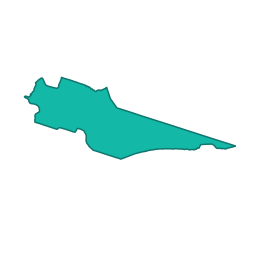 Soutr Nikom, Siemréab, Cambodia, rotated 288°
{"feature_id": "14789045B2635302859589", "entity_name": "Soutr Nikom", "entity_type": "district", "adm_level": 2, "iso_a3": "KHM", "parent_name": "Cambodia", "parent_adm1": "Siemréab", "projection": "orthographic", "projection_center": [104.128, 13.174], "detail": "fine", "context": "isolated", "style": "filled", "palette": "teal", "viewbox_px": 256, "rotation_deg": 288, "n_neighbors": 0, "source": "geoboundaries", "source_scale": "gbopen_adm2", "svg_char_len": 5837}
<svg xmlns="http://www.w3.org/2000/svg" viewBox="0 0 256 256"><g transform="rotate(288 128 128)"><path d="M104.8,37.7L104.8,38.6L104.8,39.5L104.9,41.6L104.9,43.0L104.9,44.6L104.8,46.4L104.8,48.0L104.9,51.2L104.8,52.2L104.8,53.1L104.9,54.5L104.8,55.6L104.8,56.4L104.8,57.5L104.8,59.1L104.8,60.1L104.8,60.7L105.0,61.0L105.4,61.3L106.3,61.9L106.7,62.1L107.1,62.6L107.2,63.2L107.4,64.4L107.4,65.6L107.4,66.6L107.4,67.5L107.5,68.3L107.5,69.5L107.5,70.5L107.5,72.7L107.5,73.9L107.5,75.1L107.4,76.2L107.5,77.4L107.5,77.8L107.5,78.3L107.6,78.8L108.2,79.1L108.7,79.3L109.6,79.5L110.4,79.7L111.5,79.8L112.0,80.1L112.2,81.9L112.2,83.4L112.1,84.5L111.8,86.8L110.3,88.4L109.7,89.0L109.1,89.7L108.5,90.2L107.8,90.6L107.1,90.9L106.0,91.2L104.7,91.5L103.6,91.8L102.6,92.3L101.7,92.8L101.1,93.3L100.8,93.7L100.4,94.2L99.7,95.2L99.0,96.0L98.5,96.7L98.0,97.6L97.6,98.5L97.4,99.1L97.1,99.7L96.7,100.6L96.4,101.1L96.1,101.6L96.1,102.1L96.2,103.8L96.2,113.1L96.2,126.4L96.4,128.0L96.3,129.1L96.2,130.7L96.4,131.1L96.6,131.3L97.3,132.1L97.8,132.7L98.2,133.3L98.5,133.7L98.9,134.2L99.3,134.7L99.8,135.2L100.3,135.8L100.8,136.6L101.3,137.2L102.2,138.2L102.6,138.6L103.0,139.2L103.5,139.8L103.8,140.2L104.3,140.9L104.8,141.3L105.2,141.9L105.9,143.0L106.6,144.0L106.8,144.3L107.1,144.8L107.5,145.4L107.9,146.0L108.1,146.5L108.6,147.1L108.7,147.4L109.0,147.7L109.3,148.2L109.5,148.6L109.8,149.1L110.3,150.0L110.7,150.9L110.9,151.0L110.9,151.3L111.2,151.8L111.5,152.3L111.7,152.6L112.0,153.1L112.5,153.7L112.7,154.0L113.1,154.6L113.4,155.2L113.6,155.7L113.9,156.1L114.2,156.7L114.5,157.3L114.7,157.9L114.9,158.4L115.2,159.0L115.5,159.5L115.7,159.8L116.1,160.5L116.4,161.0L116.6,161.5L116.7,161.9L116.8,162.3L117.0,162.6L117.4,163.4L117.7,163.9L117.9,164.5L118.1,165.1L118.3,165.8L118.5,166.4L118.7,167.1L118.9,167.7L119.1,168.3L119.3,168.7L119.6,169.4L119.9,170.0L120.0,170.6L120.3,171.4L120.5,172.2L120.7,172.9L120.9,173.4L121.2,174.2L121.4,174.8L121.5,175.5L121.6,176.1L121.7,176.5L121.9,177.1L122.1,177.6L122.3,178.1L122.6,178.8L122.9,179.3L123.1,179.9L123.3,180.6L123.4,181.1L123.5,181.7L123.7,182.2L123.8,182.8L123.9,183.4L124.1,183.9L124.3,184.5L124.4,184.9L124.5,185.3L124.7,185.8L124.8,186.6L124.8,186.8L124.9,187.2L125.0,187.8L125.0,188.0L125.1,188.5L125.5,189.2L125.7,189.7L126.0,190.0L126.3,190.6L126.3,191.0L126.2,191.5L126.2,191.9L126.2,192.2L126.3,192.6L126.2,193.3L126.5,193.9L126.8,194.5L127.2,195.0L127.4,195.6L127.5,195.8L127.5,196.6L127.6,197.2L127.9,198.0L128.2,198.3L128.7,199.0L129.0,199.4L129.1,199.7L129.6,199.8L130.0,199.8L130.3,199.9L130.5,200.8L130.6,201.4L131.1,201.8L132.1,201.9L133.2,202.0L134.1,202.2L134.5,202.3L134.8,202.6L135.0,203.3L135.3,203.7L135.6,204.5L135.9,205.2L136.0,205.5L136.3,206.3L136.6,207.1L136.7,207.3L137.0,208.1L137.1,208.4L137.3,209.0L137.4,209.4L137.9,210.6L138.0,211.0L138.2,211.4L138.4,211.9L138.5,212.1L138.5,212.8L138.5,213.5L138.3,214.5L138.2,215.1L138.1,215.3L137.1,216.7L136.5,217.8L136.3,218.3L136.2,218.9L136.8,221.0L137.1,221.7L137.3,222.5L137.3,223.2L137.2,223.4L137.4,223.7L137.5,224.2L137.8,224.6L138.1,225.1L138.0,226.5L138.4,227.6L139.3,228.6L140.1,229.7L140.6,230.6L141.1,231.3L141.7,232.5L142.5,233.6L143.2,234.7L143.9,235.7L144.1,236.1L144.1,234.9L144.1,229.3L144.0,217.7L143.9,184.7L143.9,170.3L143.7,137.4L143.8,128.6L143.7,111.2L150.4,102.2L159.9,95.2L159.8,94.9L159.5,94.6L159.3,94.6L159.0,94.6L158.8,94.6L158.6,94.2L158.4,94.0L158.1,93.7L157.9,93.5L157.8,93.3L157.7,93.1L157.3,92.8L157.1,92.6L156.7,92.3L156.5,92.0L156.3,91.7L156.1,91.5L155.9,91.2L155.6,90.9L155.2,90.7L155.4,89.7L155.4,89.1L155.1,88.7L155.0,88.4L154.8,88.0L154.7,87.7L154.3,87.3L154.0,86.9L153.5,86.7L153.0,86.4L152.9,86.0L152.7,85.3L152.7,85.1L152.9,84.8L153.3,84.3L153.4,83.9L153.5,83.6L153.4,83.2L153.4,82.9L153.5,82.6L153.8,82.4L154.0,82.1L153.9,81.7L153.8,81.2L153.6,80.9L153.7,80.7L154.0,80.6L154.2,80.4L154.4,80.1L154.5,79.8L154.5,79.6L154.6,79.4L154.7,79.2L154.9,79.0L155.0,78.7L154.9,78.5L154.8,78.3L154.7,78.0L154.8,77.7L155.0,77.5L155.1,77.1L155.1,76.8L155.2,76.4L155.2,76.0L154.9,76.0L154.7,75.8L154.9,75.5L155.0,75.2L155.2,74.9L155.5,74.4L155.5,71.9L155.6,71.1L155.5,70.0L155.5,68.9L155.5,67.7L155.5,66.9L155.5,66.2L155.6,65.5L155.6,64.7L155.7,63.6L155.6,62.2L155.7,59.6L155.7,58.2L155.7,56.8L155.6,55.6L155.6,54.4L155.5,53.2L155.5,52.0L155.5,50.8L155.5,49.6L155.5,49.1L155.1,49.2L154.7,49.3L154.0,49.4L153.4,49.4L152.6,49.3L152.4,49.2L152.0,49.3L151.5,49.3L151.1,49.2L150.8,49.2L150.2,49.2L149.4,49.0L148.7,48.9L147.9,48.9L147.4,48.9L146.6,49.1L145.7,49.2L145.3,49.2L144.9,49.0L144.5,48.8L144.2,48.5L143.9,48.3L143.7,47.9L143.7,47.3L143.6,46.5L143.5,45.8L143.4,44.7L143.3,43.6L143.3,42.7L143.2,40.4L143.1,39.4L143.1,38.4L143.2,37.7L143.6,36.4L144.1,35.7L144.8,35.1L145.6,34.5L146.4,33.7L147.3,32.9L148.1,32.1L148.6,31.5L148.9,30.9L148.9,30.5L148.6,30.0L147.6,29.3L146.6,28.5L146.1,28.1L145.5,27.8L144.8,27.5L144.2,27.1L143.5,26.6L142.7,26.2L142.2,26.2L141.3,27.0L140.6,27.1L139.5,27.0L138.8,26.9L138.5,26.8L138.0,26.8L136.0,26.6L135.4,26.7L134.9,26.9L134.4,27.1L133.7,26.7L133.0,26.2L132.5,26.0L131.7,25.9L131.2,25.6L130.6,25.2L130.1,24.8L129.6,24.9L129.6,25.3L129.4,25.6L128.9,25.6L128.4,25.2L127.8,24.8L127.1,24.4L126.8,24.1L126.7,23.5L126.8,22.5L126.8,21.4L126.5,20.7L126.3,20.2L125.9,19.9L125.6,20.0L125.4,20.2L125.2,20.7L125.1,21.2L125.0,22.0L124.9,23.0L124.6,23.8L124.3,24.4L123.9,24.9L123.2,25.2L122.9,25.5L122.4,25.9L122.0,26.2L121.6,26.7L121.3,27.5L121.3,28.6L121.5,29.5L121.7,30.5L121.8,31.4L121.9,32.4L121.8,33.1L121.6,34.0L121.5,34.7L121.2,35.5L120.7,36.3L120.2,36.8L119.3,37.5L118.5,37.9L117.6,38.3L116.9,38.5L116.4,38.5L115.8,38.4L115.3,38.1L114.6,37.5L113.9,36.8L113.2,36.2L112.6,35.8L111.8,35.6L111.2,35.7L110.7,35.8L110.1,36.0L109.5,36.3L109.0,36.6L108.4,36.8L107.6,36.8L107.0,36.9L106.2,37.2L105.7,37.4L105.2,37.5L104.8,37.7Z" fill="#14b8a6" stroke="#0f766e" stroke-width="1.5"/></g></svg>